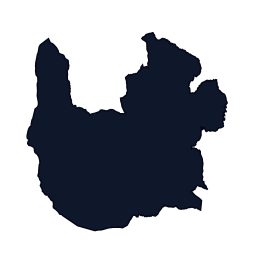 outline of Dr. Manuel Belgrano, Jujuy, Argentina, rotated 353°
{"feature_id": "61730980B9597683153912", "entity_name": "Dr. Manuel Belgrano", "entity_type": "district", "adm_level": 2, "iso_a3": "ARG", "parent_name": "Argentina", "parent_adm1": "Jujuy", "projection": "equal_earth", "projection_center": [-65.306, -24.063], "detail": "fine", "context": "isolated", "style": "filled", "palette": "ink", "viewbox_px": 256, "rotation_deg": 353, "n_neighbors": 0, "source": "geoboundaries", "source_scale": "gbopen_adm2", "svg_char_len": 5817}
<svg xmlns="http://www.w3.org/2000/svg" viewBox="0 0 256 256"><g transform="rotate(353 128 128)"><path d="M26.8,125.7L27.6,126.8L28.6,127.1L28.6,127.4L28.3,128.3L27.3,129.1L27.0,129.8L26.6,131.2L26.8,131.8L27.5,133.1L29.4,133.7L31.9,135.4L32.7,137.3L32.4,139.1L32.7,140.9L34.7,143.0L36.0,145.7L36.5,149.1L36.4,152.1L35.5,153.7L34.5,158.3L34.0,161.5L33.0,163.9L32.9,164.8L33.8,166.0L34.2,168.4L35.4,170.9L35.1,172.2L34.0,174.5L35.5,178.5L35.4,180.4L36.3,181.3L37.4,183.5L38.0,184.1L38.6,184.6L40.2,184.5L40.9,186.6L41.7,187.5L42.9,190.1L44.5,191.4L44.7,191.9L44.9,194.5L44.3,196.4L44.4,198.1L46.8,200.4L49.1,203.4L49.6,205.0L52.0,205.8L52.2,206.6L66.1,218.8L82.7,225.8L85.5,225.5L89.2,225.8L96.5,224.7L101.0,224.7L107.8,225.5L110.3,226.3L115.1,224.5L117.6,221.3L117.9,220.4L119.5,218.9L122.2,215.4L123.5,215.1L124.9,215.8L125.8,217.2L127.0,217.3L127.6,215.9L129.1,215.1L130.0,216.3L130.8,216.2L131.5,216.8L132.5,216.5L133.3,217.1L133.8,217.9L135.1,217.7L135.8,218.2L138.0,217.9L138.8,218.3L139.4,217.8L140.1,218.3L141.5,217.5L144.4,218.7L147.0,217.1L149.0,214.1L150.0,213.4L152.6,210.4L153.5,210.4L154.3,210.0L154.3,209.4L154.9,209.5L154.8,209.2L155.1,209.2L155.4,209.6L158.0,210.8L159.0,210.7L159.0,211.2L161.8,211.5L163.1,212.1L164.2,211.5L164.8,211.8L165.6,211.2L166.2,211.3L168.7,214.3L171.2,215.1L172.1,214.8L173.8,215.1L175.4,214.8L176.2,215.0L177.8,214.3L180.7,214.4L181.0,214.1L182.9,214.6L184.7,215.7L186.7,215.6L187.4,216.6L190.0,218.3L192.1,209.0L190.4,206.8L186.1,202.9L183.0,198.5L183.5,198.5L184.1,197.8L184.9,198.0L185.8,196.9L186.8,197.1L187.6,195.4L187.9,195.4L189.6,193.3L190.0,193.2L191.7,194.5L194.3,195.3L194.7,196.0L195.7,196.4L196.3,197.2L197.3,197.4L199.6,198.7L198.6,197.1L198.5,195.9L197.9,194.5L196.5,193.2L196.5,192.7L196.7,192.4L196.6,190.4L195.7,190.4L195.2,189.4L195.2,188.1L195.6,187.7L195.5,187.3L196.2,185.6L195.7,184.0L195.7,182.5L196.9,179.8L196.8,176.8L197.4,174.7L197.6,172.6L197.9,172.6L197.8,167.2L196.6,162.8L196.8,160.1L196.2,158.8L194.6,158.7L193.2,156.9L192.2,156.7L191.5,156.1L189.7,155.8L188.4,156.4L188.2,156.1L189.2,153.6L191.3,153.9L193.0,153.0L193.2,152.8L193.3,151.3L194.1,150.5L194.8,149.2L196.7,148.8L198.1,147.2L199.6,144.1L199.9,141.1L200.3,139.4L200.3,138.5L201.0,137.5L200.8,136.3L201.5,136.9L201.5,138.2L201.9,138.6L202.6,137.9L202.4,137.0L203.1,136.6L203.9,137.6L204.9,140.6L205.3,141.0L208.6,139.8L209.0,141.1L210.5,140.8L212.7,141.2L214.1,141.8L216.1,141.0L216.7,140.0L218.1,139.0L220.4,139.0L222.7,138.1L223.0,137.4L222.8,136.4L222.8,135.5L223.1,135.1L222.8,134.2L222.9,132.1L223.3,131.6L224.6,131.9L225.0,131.1L225.0,130.2L224.4,130.1L224.2,129.7L223.9,128.0L224.5,126.8L224.8,126.7L225.4,127.3L225.5,126.8L224.4,124.4L225.1,124.8L226.0,123.6L227.4,123.7L227.3,122.9L226.7,121.9L226.7,120.7L226.1,119.2L226.5,119.0L227.9,119.5L227.6,117.8L227.7,117.0L229.4,115.3L229.4,114.8L228.8,112.7L228.7,109.6L227.9,106.5L225.2,104.4L223.6,102.1L222.0,100.6L222.4,98.5L221.5,96.1L221.9,94.8L221.5,92.0L221.7,91.0L221.0,90.7L219.4,91.2L218.7,90.6L218.1,91.5L217.0,91.4L215.5,90.7L214.9,91.3L214.0,90.9L213.8,91.4L212.3,90.3L211.2,90.9L210.4,90.9L210.0,91.8L209.2,91.5L207.4,92.0L207.2,92.6L206.7,92.5L206.2,92.8L206.0,93.7L203.7,95.0L203.9,96.3L202.3,96.7L202.0,97.1L201.8,98.3L201.0,99.5L200.1,99.7L198.8,101.1L197.6,101.4L196.5,101.1L194.6,101.2L193.8,100.8L194.0,96.8L193.8,95.6L193.0,94.7L193.1,93.6L193.8,93.1L193.9,92.0L195.0,89.9L195.7,88.9L196.5,88.5L197.4,88.9L198.3,88.4L199.0,87.1L199.7,84.1L200.8,84.3L201.9,85.3L205.6,82.9L206.7,80.9L207.0,78.9L207.7,77.9L207.1,73.2L206.6,72.5L206.4,71.3L206.8,69.9L205.8,67.8L204.3,67.2L203.5,65.9L199.7,63.5L199.0,62.5L197.2,61.9L196.7,61.4L196.5,60.6L195.7,60.5L194.3,59.1L194.2,58.4L193.4,58.3L193.0,57.6L191.9,57.4L191.5,56.7L190.7,57.0L189.6,56.2L188.3,56.1L187.9,55.0L186.7,53.6L186.0,53.7L185.5,53.2L185.5,52.3L184.7,50.6L183.2,50.4L182.8,49.9L182.5,50.1L181.8,49.5L181.0,49.8L180.8,49.1L180.0,49.4L179.6,47.2L178.5,46.8L178.1,45.8L177.5,45.6L177.2,45.1L176.4,45.4L175.7,44.8L175.4,43.9L174.7,44.1L173.1,43.3L170.8,44.4L170.5,44.9L170.0,44.6L168.4,44.6L167.7,44.2L167.2,43.3L166.6,43.0L166.4,42.1L166.0,41.8L165.5,40.2L165.7,39.6L165.4,38.7L165.0,38.6L164.6,36.8L163.9,36.4L162.4,36.9L161.0,36.8L157.4,37.5L155.7,39.1L153.4,39.9L152.7,41.0L154.1,42.6L155.1,43.0L155.5,43.7L156.8,44.9L157.1,46.0L156.5,52.5L157.6,56.2L156.6,58.8L157.0,63.6L155.6,66.3L155.6,69.0L155.3,70.8L153.8,69.3L150.4,70.0L150.1,67.3L148.3,69.2L147.9,71.3L146.2,72.3L143.5,75.3L142.6,74.9L141.4,75.3L140.2,75.0L138.5,75.8L137.5,75.3L136.2,75.9L135.3,75.2L131.9,77.5L131.8,78.6L132.4,81.4L132.1,83.0L132.3,84.6L131.9,87.4L132.1,91.1L131.7,92.3L131.2,92.6L130.6,94.9L126.6,97.3L124.3,97.5L124.2,100.5L124.6,102.4L124.8,105.9L126.5,111.6L127.5,112.8L126.4,113.5L121.9,112.9L121.0,112.4L120.9,111.7L118.6,110.7L115.3,108.1L112.8,107.6L108.9,108.6L104.0,106.9L102.5,107.2L102.4,107.9L101.7,108.3L97.3,109.3L93.0,109.8L91.6,110.5L91.0,108.6L88.6,106.5L88.2,104.8L87.7,104.5L86.2,104.6L85.2,103.1L84.2,103.0L83.6,102.2L82.5,102.5L82.0,101.7L79.4,102.1L78.8,101.4L78.9,100.1L78.7,99.5L77.9,99.2L76.0,99.8L75.6,97.7L74.8,97.0L75.1,94.1L74.8,92.1L74.3,90.9L74.6,89.4L74.0,87.7L74.3,87.2L74.1,86.1L75.0,84.7L74.8,83.4L75.4,81.6L74.9,79.7L75.5,79.2L75.0,77.9L75.4,76.6L75.1,74.5L73.8,73.3L73.8,70.4L74.4,67.5L74.6,63.6L75.9,62.1L76.8,58.7L76.5,56.4L76.8,54.9L76.6,53.5L74.1,51.5L73.2,48.6L72.7,47.8L68.6,45.7L68.2,44.5L68.0,42.7L66.8,39.8L64.5,36.4L63.0,34.9L61.3,34.1L59.9,29.7L51.2,34.8L49.8,36.6L48.2,42.0L47.1,44.0L44.5,52.0L43.9,55.2L43.8,58.0L43.3,59.7L43.3,64.0L44.4,65.7L44.7,66.9L44.3,71.2L43.6,72.4L43.2,74.2L42.9,79.9L41.9,85.0L42.3,91.9L41.8,94.7L40.3,96.6L38.2,97.8L34.7,107.1L33.7,108.4L32.6,111.8L32.4,113.5L31.4,114.8L30.7,115.0L29.6,116.4L28.5,118.8L26.9,123.6L26.8,125.7Z" fill="#0f172a" stroke="#020617" stroke-width="1.5"/></g></svg>